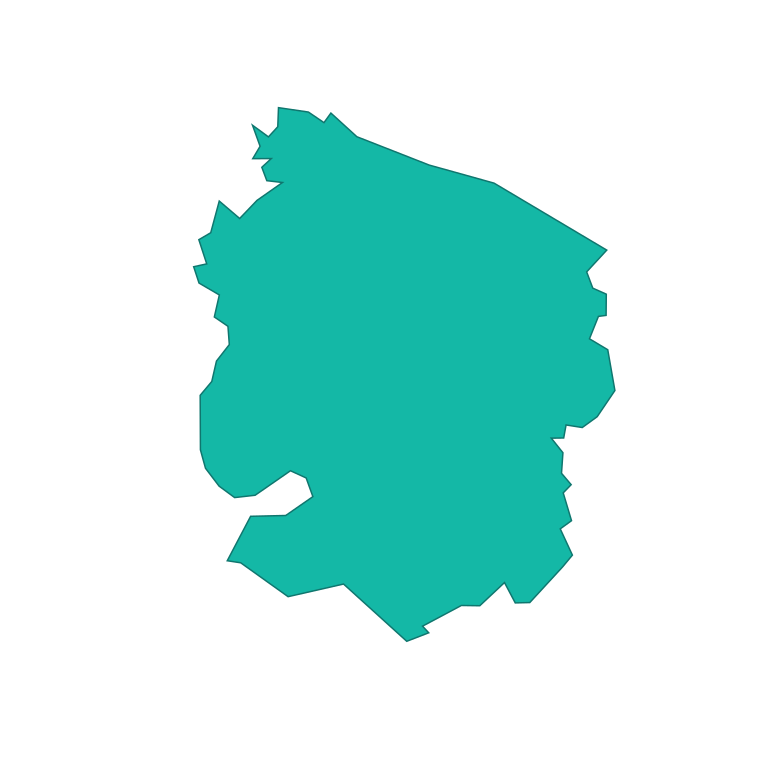 Muhlenberg, Kentucky, United States of America (Mercator projection), rotated 213°
{"feature_id": "52423323B14041268945956", "entity_name": "Muhlenberg", "entity_type": "district", "adm_level": 2, "iso_a3": "USA", "parent_name": "United States of America", "parent_adm1": "Kentucky", "projection": "mercator", "projection_center": [-87.122, 37.228], "detail": "fine", "context": "isolated", "style": "filled", "palette": "teal", "viewbox_px": 768, "rotation_deg": 213, "n_neighbors": 0, "source": "geoboundaries", "source_scale": "gbopen_adm2", "svg_char_len": 1083}
<svg xmlns="http://www.w3.org/2000/svg" viewBox="0 0 768 768"><g transform="rotate(213 384 384)"><path d="M465.4,592.2L541.4,576.6L576.1,582.3L576.7,570.5L595.5,570.9L623.0,558.3L613.2,541.9L615.5,528.3L635.2,529.4L617.4,515.9L616.8,501.5L601.3,511.7L604.5,499.2L593.0,490.7L578.9,497.7L590.5,468.9L595.2,444.2L621.8,447.7L611.7,416.5L617.9,404.2L598.1,388.2L607.5,378.7L594.1,367.9L570.6,369.0L562.8,347.8L546.3,347.4L535.2,332.8L537.0,312.0L529.8,292.3L532.0,274.4L502.1,228.8L487.8,216.1L466.6,208.5L447.4,207.4L431.5,220.5L415.2,260.3L398.1,262.8L382.3,250.8L394.8,220.2L423.8,200.4L419.2,150.4L406.8,156.0L348.6,153.4L309.0,194.2L224.8,180.6L211.0,199.7L219.8,201.9L198.5,240.4L182.9,250.2L174.8,283.1L154.7,271.9L142.7,280.1L134.6,327.9L132.8,343.1L157.3,358.5L152.3,371.5L174.4,390.3L172.2,401.5L186.5,405.8L196.5,423.8L214.2,429.7L203.9,436.6L209.0,448.8L194.0,455.5L187.4,472.7L186.8,504.3L215.0,534.6L236.3,533.8L241.0,557.5L235.1,562.5L246.5,580.4L261.1,578.1L275.1,588.4L270.1,617.6L401.1,612.4L465.4,592.2Z" fill="#14b8a6" stroke="#0f766e" stroke-width="1.5"/></g></svg>